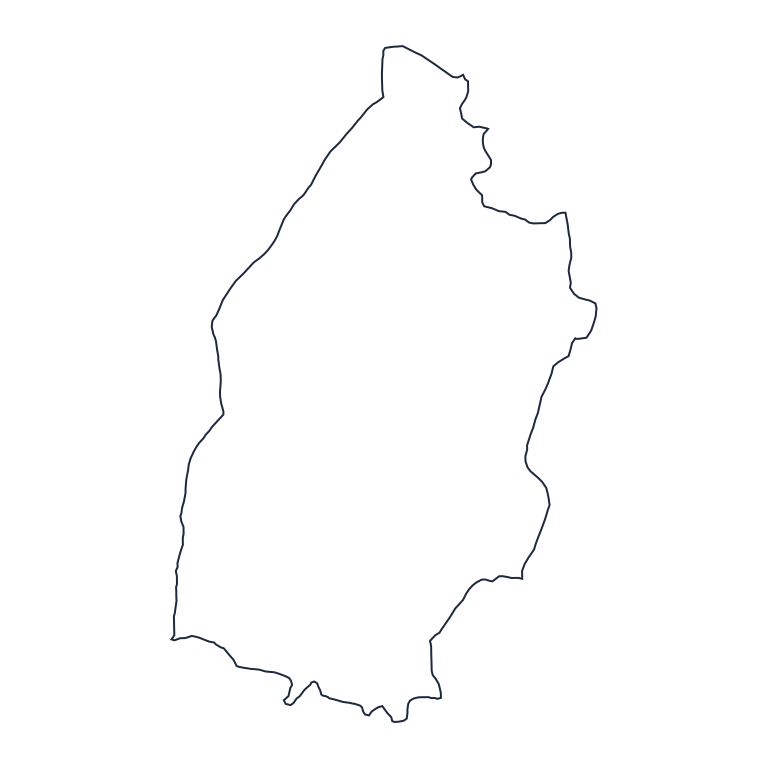 Ahnasya, Bani Suwayf, Egypt
{"feature_id": "37247803B37545732740300", "entity_name": "Ahnasya", "entity_type": "district", "adm_level": 2, "iso_a3": "EGY", "parent_name": "Egypt", "parent_adm1": "Bani Suwayf", "projection": "robinson", "projection_center": [30.943, 29.102], "detail": "fine", "context": "isolated", "style": "outline", "palette": "slate", "viewbox_px": 768, "rotation_deg": 0, "n_neighbors": 0, "source": "geoboundaries", "source_scale": "gbopen_adm2", "svg_char_len": 4739}
<svg xmlns="http://www.w3.org/2000/svg" viewBox="0 0 768 768"><path d="M463.1,74.8L460.2,76.4L457.3,77.5L452.7,76.9L451.2,75.9L439.2,67.5L436.1,65.2L427.6,59.5L422.9,56.3L421.6,55.4L415.1,52.4L407.4,48.5L402.7,46.1L397.9,46.5L397.1,46.6L393.9,46.7L390.1,47.2L385.2,47.9L383.3,50.9L383.4,54.9L382.5,59.0L381.9,74.0L382.0,80.0L382.1,83.0L382.3,90.1L383.4,97.1L376.7,102.2L372.9,104.3L367.2,109.4L364.6,112.7L360.7,117.6L357.8,120.7L352.2,127.8L346.5,134.0L340.0,142.1L330.5,151.4L324.9,159.5L322.1,164.6L315.6,175.8L311.0,184.9L309.1,186.9L303.5,195.1L298.7,199.2L294.0,204.3L290.3,210.4L285.6,216.5L284.8,217.9L283.7,219.6L281.4,225.3L279.2,230.7L277.3,235.8L274.6,240.8L273.3,242.7L271.8,244.9L268.0,250.0L266.1,252.1L264.2,254.1L259.5,258.2L253.8,262.4L251.0,265.4L243.4,273.6L235.9,280.8L229.3,290.0L228.6,291.2L222.8,300.1L219.1,309.3L216.4,315.3L212.6,320.4L211.8,325.5L211.8,327.7L212.9,331.5L212.9,332.5L213.9,335.5L214.9,337.4L216.0,341.4L217.2,350.4L218.3,356.4L218.3,356.5L218.3,359.4L219.5,368.5L220.6,374.4L220.8,381.5L220.0,391.5L220.1,396.5L221.2,403.5L222.3,407.5L223.4,411.5L223.4,414.5L219.7,418.6L215.9,422.7L212.1,426.8L209.3,430.9L205.5,435.0L203.7,438.0L199.0,443.1L196.2,447.2L194.5,450.3L193.4,452.3L192.5,454.3L190.6,458.4L188.8,464.4L188.0,470.5L186.3,479.5L185.5,489.6L185.6,492.6L183.9,501.7L182.1,507.7L181.3,513.8L180.3,515.8L181.4,521.8L183.5,526.8L183.6,533.8L182.8,537.8L182.8,540.8L182.9,544.8L181.1,549.9L179.3,556.0L177.5,563.0L177.6,567.0L175.8,571.1L176.9,576.1L176.9,579.1L177.0,584.1L176.1,587.1L176.3,592.1L176.3,595.1L176.5,601.2L175.6,607.2L174.8,613.2L173.9,616.3L174.0,620.3L174.1,625.3L174.2,630.3L174.3,635.3L171.5,639.4L173.0,639.9L174.4,640.3L180.2,638.2L185.0,638.1L188.8,637.0L191.7,635.9L196.5,636.9L199.5,637.8L204.3,639.7L209.2,641.6L214.0,642.5L216.0,644.5L220.9,647.4L223.8,648.3L227.8,653.2L233.7,660.1L235.4,663.5L236.7,666.1L239.7,667.0L244.5,667.9L250.3,668.8L259.0,669.6L265.8,671.5L274.5,672.3L280.3,674.2L285.2,676.1L289.1,678.0L291.1,681.0L292.1,685.0L290.3,688.0L289.4,692.0L288.5,696.1L283.8,700.2L284.4,701.4L285.7,703.9L290.6,705.1L293.5,703.0L296.3,698.9L300.1,695.8L303.8,690.7L305.7,688.7L310.4,684.6L311.4,682.5L314.2,681.5L315.7,682.4L317.2,683.4L318.2,686.4L320.2,690.4L321.3,694.4L322.3,695.4L326.1,696.3L328.1,697.2L329.1,698.2L332.8,699.1L336.8,700.1L342.7,701.9L349.4,702.8L353.3,703.7L354.3,703.7L360.1,705.6L362.1,707.5L363.1,711.5L365.1,714.5L369.0,715.4L371.8,711.4L376.5,708.2L378.4,707.2L382.3,706.1L387.3,713.0L391.2,717.0L392.2,721.0L394.2,721.9L398.0,721.8L403.8,720.7L406.7,718.6L407.5,712.6L407.4,709.6L408.3,703.6L410.1,700.5L413.9,698.4L418.7,697.3L422.6,697.2L424.5,697.2L428.4,697.1L431.3,698.1L435.1,698.0L437.1,698.9L440.9,697.9L440.9,695.1L440.8,692.8L439.7,687.9L438.7,683.9L435.7,678.9L432.7,675.0L431.7,671.0L431.5,661.9L431.3,655.9L431.2,649.9L431.1,645.9L430.0,640.9L435.3,635.2L439.5,632.7L441.4,629.6L447.0,621.5L449.8,617.4L455.4,608.3L460.1,603.2L462.9,600.1L466.6,593.0L469.4,588.9L471.4,586.8L472.2,585.8L476.0,582.7L481.7,579.6L485.6,579.5L488.5,580.5L492.4,581.4L495.2,579.3L499.0,576.3L502.9,576.2L507.7,577.1L511.6,578.0L518.4,577.9L522.2,578.8L522.2,576.3L522.1,570.8L524.8,563.7L527.2,559.8L528.5,557.6L534.1,549.4L535.9,543.4L537.8,538.3L541.4,529.2L545.1,519.1L547.8,510.0L549.6,505.0L549.0,501.0L548.4,497.0L547.2,491.5L546.9,490.4L546.3,488.0L542.3,482.1L538.4,478.1L530.5,471.3L527.5,467.3L525.5,461.3L525.4,456.3L527.2,449.3L527.1,447.8L527.1,445.2L530.7,434.1L533.4,427.1L535.2,420.0L537.9,412.9L538.8,408.9L539.7,404.9L541.5,396.8L545.2,389.7L547.9,383.6L549.7,378.6L551.6,373.5L553.3,366.4L558.1,362.3L564.7,358.2L568.6,356.1L570.4,350.0L572.1,343.0L575.3,338.3L576.2,338.9L578.8,338.8L586.5,337.7L591.2,330.6L593.9,322.5L594.5,320.6L595.7,316.4L596.5,308.4L595.4,303.4L589.6,300.5L585.7,299.6L578.9,297.7L574.0,293.8L570.0,287.8L570.8,282.8L568.6,270.8L569.5,264.8L571.3,257.7L571.2,252.7L570.1,246.7L570.0,242.7L569.9,238.7L568.8,233.7L567.7,224.7L566.6,218.7L565.9,215.3L565.5,212.7L561.6,212.8L557.8,213.9L553.0,217.0L550.2,220.0L545.4,223.1L542.5,223.2L540.3,223.2L537.7,223.3L532.9,223.4L529.0,222.5L525.1,219.5L521.2,218.6L514.4,215.7L509.5,214.8L505.6,211.9L498.8,211.1L492.0,208.2L484.2,206.3L482.2,202.4L482.2,199.4L482.1,195.3L478.1,191.4L476.2,189.5L473.2,184.5L471.1,179.5L472.0,177.5L475.8,173.4L481.6,172.3L485.4,171.2L490.1,167.1L491.0,164.1L491.0,160.0L488.0,155.1L486.0,152.1L483.9,148.1L482.9,143.2L482.8,139.1L483.6,134.1L488.1,128.9L486.9,128.4L479.1,126.7L478.1,126.8L473.8,127.3L468.0,123.4L465.1,121.1L463.6,119.8L462.1,118.5L461.0,112.5L459.9,108.5L461.7,104.5L464.6,100.4L466.4,97.3L468.2,91.3L468.1,87.3L468.0,81.3L465.1,79.3L463.1,74.8Z" fill="none" stroke="#1e293b" stroke-width="2"/></svg>